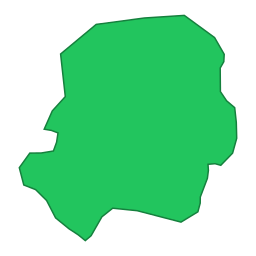 the Metropolitan City of Daegu
{"feature_id": "KOR-2504", "entity_name": "Daegu", "entity_type": "Metropolitan City", "adm_level": 1, "iso_a3": "KOR", "parent_name": "South Korea", "parent_adm1": "", "projection": "orthographic", "projection_center": [128.628, 35.889], "detail": "fine", "context": "isolated", "style": "filled", "palette": "green", "viewbox_px": 256, "rotation_deg": 0, "n_neighbors": 0, "source": "natural_earth", "source_scale": "10m", "svg_char_len": 641}
<svg xmlns="http://www.w3.org/2000/svg" viewBox="0 0 256 256"><path d="M184.3,15.4L214.6,37.6L224.2,54.3L223.8,61.7L220.2,68.0L220.4,91.6L226.6,100.8L234.7,107.7L236.3,122.5L236.7,138.3L232.6,153.1L220.8,165.3L215.1,163.7L208.0,164.3L208.4,170.4L207.4,178.3L200.3,197.0L200.2,203.1L197.9,211.8L181.0,222.1L137.2,210.7L112.7,208.2L101.9,216.8L91.1,235.7L85.3,240.6L78.3,234.9L69.0,228.8L55.6,217.9L46.6,200.5L35.6,189.6L23.8,185.0L19.3,167.7L29.8,153.1L41.2,153.0L53.4,151.0L56.6,142.2L58.0,132.9L51.4,130.4L44.2,129.2L52.3,110.9L65.3,96.6L60.6,54.0L96.2,24.4L144.3,18.0L184.3,15.4Z" fill="#22c55e" stroke="#15803d" stroke-width="1.5"/></svg>